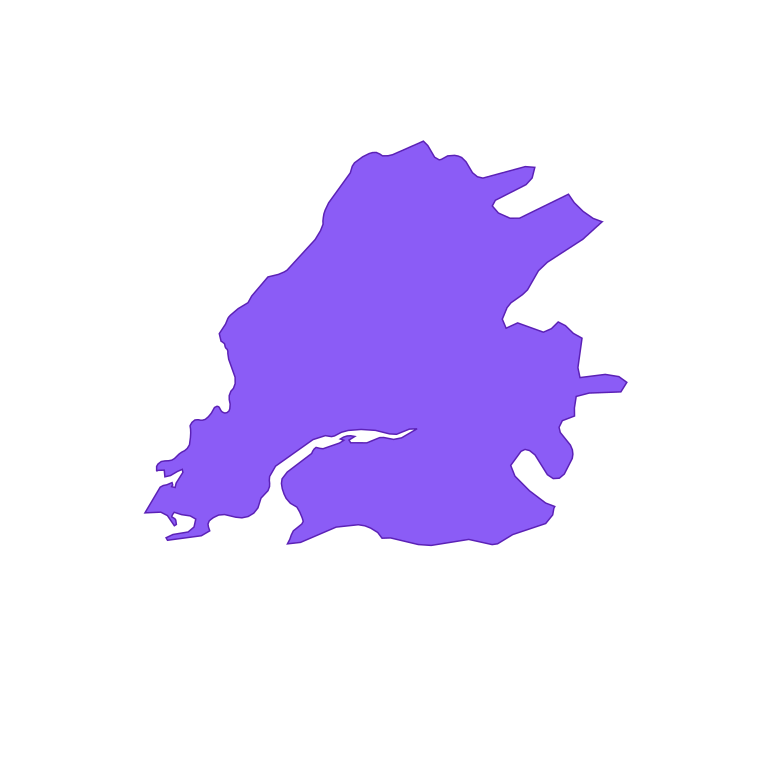 map outline of Loire-Atlantique (Natural Earth projection), rotated 328°
{"feature_id": "FRA-5316", "entity_name": "Loire-Atlantique", "entity_type": "Metropolitan department", "adm_level": 1, "iso_a3": "FRA", "parent_name": "France", "parent_adm1": "", "projection": "natural_earth1", "projection_center": [-1.707, 47.343], "detail": "fine", "context": "isolated", "style": "filled", "palette": "violet", "viewbox_px": 768, "rotation_deg": 328, "n_neighbors": 0, "source": "natural_earth", "source_scale": "10m", "svg_char_len": 4587}
<svg xmlns="http://www.w3.org/2000/svg" viewBox="0 0 768 768"><g transform="rotate(328 384 384)"><path d="M300.6,513.7L300.0,506.6L296.3,499.1L292.7,494.2L287.6,489.7L267.6,480.0L229.3,474.1L217.4,468.4L221.8,465.8L225.4,462.9L229.3,460.5L240.1,459.2L242.7,457.7L243.7,454.2L244.7,448.0L244.9,442.2L241.4,435.6L240.4,429.2L240.9,424.5L242.2,419.0L244.3,414.0L247.3,410.4L255.3,407.4L285.8,404.6L288.1,403.1L290.4,402.1L292.8,401.8L295.5,404.6L298.0,406.6L315.0,410.5L320.1,410.4L317.8,407.5L321.6,407.6L325.2,408.5L328.4,410.3L331.4,413.0L324.6,413.0L324.6,416.2L338.2,424.8L352.0,427.2L355.4,429.2L362.8,436.1L370.4,439.0L388.3,439.5L381.6,435.7L368.0,433.3L362.2,429.2L352.2,418.8L340.5,410.4L329.0,404.4L322.4,402.4L314.5,401.8L311.6,400.8L306.9,396.7L294.3,393.5L248.5,396.2L238.0,401.8L235.7,404.9L234.4,407.6L232.6,410.3L229.1,413.0L219.2,415.6L211.4,422.3L205.1,424.5L198.6,424.4L192.6,422.2L187.7,418.4L179.6,410.2L174.3,407.5L168.7,406.9L165.6,407.1L163.2,407.5L160.5,409.5L159.3,412.4L158.7,415.0L158.4,416.2L148.7,415.9L117.6,401.8L117.7,398.9L125.3,399.8L139.5,405.7L147.1,404.6L152.8,398.8L149.8,393.2L143.1,387.5L138.1,381.6L135.7,382.6L134.5,383.3L133.6,384.2L135.2,387.3L135.3,389.0L133.5,393.1L131.1,393.1L130.6,380.8L126.8,374.4L113.0,366.6L139.5,352.9L143.0,353.1L146.4,354.4L152.0,355.3L151.3,357.7L150.9,357.7L149.5,358.5L152.0,361.1L155.2,357.9L166.6,352.4L167.7,349.5L162.6,348.7L154.4,348.5L149.0,346.6L152.0,340.6L146.6,337.5L144.7,337.3L144.8,337.3L145.2,337.1L147.5,333.4L149.9,332.1L154.0,331.7L157.4,333.1L160.6,334.9L163.6,336.1L166.7,336.2L173.1,334.8L176.3,334.6L179.6,334.9L183.0,334.4L186.8,332.5L191.5,326.8L194.2,323.0L196.1,319.7L197.2,317.1L197.5,316.6L198.5,316.0L200.8,314.8L204.5,314.3L206.8,315.4L208.1,316.3L208.7,317.0L209.4,317.6L210.9,318.5L213.7,319.3L217.7,318.7L222.2,317.2L227.8,314.1L230.6,314.4L231.7,315.6L231.9,316.6L231.7,319.1L231.7,321.0L232.2,322.4L233.6,324.3L235.8,325.1L238.3,324.7L240.2,323.2L242.9,319.5L244.5,315.2L246.6,311.8L250.3,309.0L254.0,307.9L258.0,304.8L261.3,299.4L265.4,280.7L267.7,275.5L268.9,273.5L269.4,271.7L268.9,269.8L269.0,268.3L269.7,266.5L270.1,265.2L269.2,262.7L268.5,261.3L271.0,254.0L281.4,249.2L286.3,245.7L287.7,245.0L290.1,244.3L300.3,242.8L311.7,243.0L318.4,239.3L342.3,231.7L352.5,235.1L358.8,236.1L362.1,236.1L402.2,225.0L411.3,220.4L417.0,216.2L418.6,213.4L420.8,210.6L423.2,207.9L426.2,205.4L433.1,201.0L467.3,187.1L472.5,182.5L476.2,180.8L486.3,180.0L493.5,180.7L497.0,181.7L500.1,183.5L502.4,186.9L503.6,189.7L508.4,192.6L512.8,194.1L546.1,198.9L547.5,205.1L547.1,218.5L549.6,223.2L551.6,223.9L558.9,224.3L565.0,227.5L567.7,230.0L569.9,233.1L571.3,239.0L571.0,251.7L573.0,257.7L577.0,261.8L619.0,274.5L626.7,280.2L618.8,287.8L610.1,290.2L575.8,287.2L570.2,290.4L571.6,299.6L578.7,310.2L586.8,315.2L641.0,320.8L641.4,331.0L644.3,343.1L649.1,354.4L655.0,362.0L654.9,362.0L654.7,362.0L654.3,362.1L654.0,362.2L653.6,362.2L653.3,362.3L652.8,362.4L652.3,362.5L651.8,362.5L651.3,362.6L650.7,362.8L650.1,362.9L649.5,363.0L648.8,363.1L648.1,363.2L647.4,363.3L646.7,363.5L646.0,363.6L645.3,363.7L644.5,363.9L643.7,364.0L643.0,364.2L642.2,364.3L641.4,364.4L640.7,364.6L639.9,364.7L639.2,364.8L638.4,365.0L637.7,365.1L637.0,365.2L636.3,365.4L635.6,365.5L634.9,365.6L634.3,365.7L633.7,365.8L633.1,365.9L632.6,366.0L632.1,366.1L631.6,366.2L631.2,366.3L630.8,366.4L630.4,366.4L630.1,366.5L629.9,366.5L629.7,366.6L629.4,366.6L587.0,367.3L575.0,369.8L555.6,380.2L548.8,381.6L534.7,382.4L528.7,384.5L528.3,384.8L528.2,384.9L528.0,385.0L527.9,385.1L527.7,385.3L527.3,385.6L527.0,385.7L526.8,385.9L526.6,386.1L526.3,386.2L526.0,386.4L525.8,386.6L525.5,386.8L525.2,387.0L524.9,387.3L524.6,387.5L524.3,387.7L524.0,387.9L523.7,388.1L523.4,388.3L523.1,388.5L522.8,388.8L522.5,389.0L522.2,389.2L521.9,389.4L521.6,389.6L521.3,389.8L521.1,390.0L520.8,390.2L520.6,390.3L520.3,390.5L520.1,390.7L519.9,390.8L519.7,391.0L519.3,391.2L519.2,391.3L518.9,391.5L518.7,391.6L517.1,401.4L529.7,403.0L546.6,424.5L555.3,425.8L564.6,423.7L568.8,430.7L571.4,441.4L576.2,450.1L557.1,472.9L553.6,482.4L576.7,493.1L587.1,502.2L590.8,511.3L580.7,516.2L553.2,500.4L540.4,496.4L532.8,505.2L528.6,512.1L515.8,509.6L509.5,513.5L507.8,518.5L509.7,534.6L508.9,539.6L507.0,543.6L504.2,546.9L489.2,555.9L482.8,556.8L477.4,553.9L474.5,547.5L474.5,524.2L472.2,517.6L468.9,514.2L464.5,513.7L448.3,520.2L446.2,531.5L450.8,551.7L458.0,570.6L463.9,578.4L462.2,579.4L457.7,584.4L447.2,588.0L413.4,579.9L395.6,579.7L390.6,577.5L373.5,560.7L338.5,545.9L328.0,538.3L308.0,518.0L300.6,513.7Z" fill="#8b5cf6" stroke="#5b21b6" stroke-width="1.5"/></g></svg>